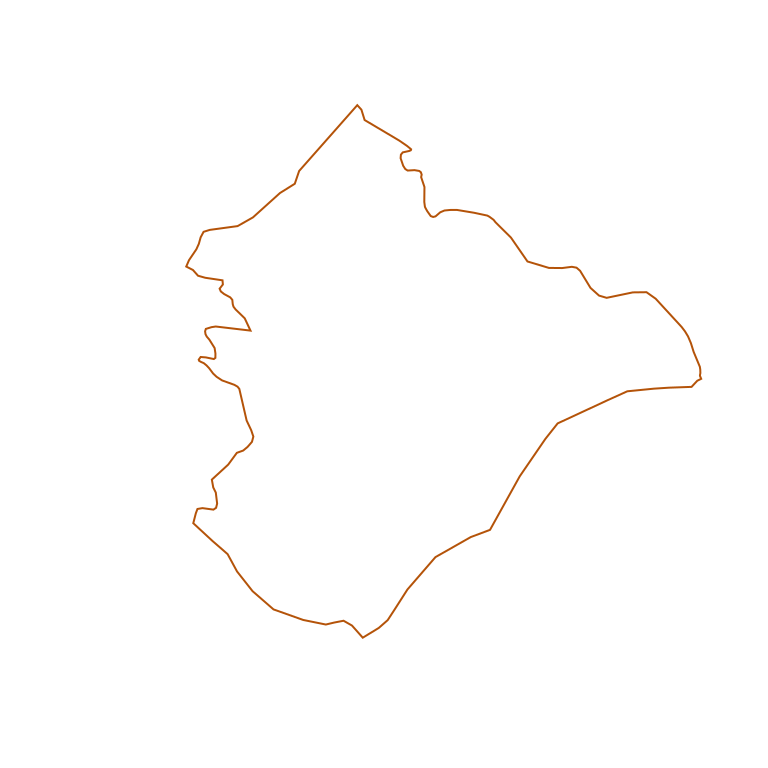 an SVG outline of Mayabeque, rotated 311°
{"feature_id": "CUB-5489", "entity_name": "Mayabeque", "entity_type": "Province", "adm_level": 1, "iso_a3": "CUB", "parent_name": "Cuba", "parent_adm1": "", "projection": "equal_earth", "projection_center": [-81.981, 22.888], "detail": "fine", "context": "isolated", "style": "outline", "palette": "amber", "viewbox_px": 768, "rotation_deg": 311, "n_neighbors": 0, "source": "natural_earth", "source_scale": "10m", "svg_char_len": 2086}
<svg xmlns="http://www.w3.org/2000/svg" viewBox="0 0 768 768"><g transform="rotate(311 384 384)"><path d="M342.9,157.7L349.5,155.6L362.6,154.0L368.3,152.3L374.4,149.4L380.5,148.0L386.0,151.4L407.1,169.9L423.8,175.8L459.9,180.2L476.6,185.3L489.1,180.2L576.9,180.9L576.2,187.0L570.5,196.2L577.7,235.7L578.8,245.3L578.9,250.5L578.0,250.9L576.5,250.2L571.1,246.2L568.2,246.3L565.3,248.4L561.3,255.3L560.2,259.0L560.6,261.8L565.4,266.7L567.9,270.8L568.0,272.9L566.7,275.1L564.5,276.3L559.2,285.3L547.8,295.0L544.7,298.5L544.4,299.0L543.8,300.5L542.8,303.3L541.4,309.1L542.3,311.5L544.3,312.9L550.5,313.8L554.6,315.8L558.7,319.7L563.2,324.8L572.3,339.6L578.9,351.5L579.4,353.9L579.8,359.0L579.2,362.1L577.8,383.7L570.6,411.9L579.8,432.3L588.4,442.4L595.7,448.9L598.1,453.0L598.1,457.7L592.0,476.8L591.8,488.3L595.1,495.5L616.4,511.7L625.5,521.9L626.6,533.1L622.3,571.3L621.2,576.6L619.4,582.2L616.2,588.8L611.4,596.6L604.2,611.1L602.3,613.3L599.8,615.6L597.9,616.7L597.4,617.2L596.8,618.4L596.0,620.0L592.0,618.3L583.6,618.0L568.2,601.5L557.6,590.8L538.1,572.4L518.3,563.3L468.2,540.9L448.5,541.8L403.4,547.0L343.5,559.7L325.4,549.9L287.1,536.4L244.3,536.5L220.5,540.0L208.2,541.7L196.5,540.1L178.6,534.4L180.7,518.3L178.8,508.8L171.4,503.0L164.3,497.9L152.9,477.8L141.4,448.5L141.4,420.8L146.1,396.1L153.0,377.6L153.0,357.6L153.8,331.4L163.0,326.8L167.3,325.2L171.2,328.4L177.3,337.7L180.4,338.5L184.3,336.5L191.7,328.3L193.9,323.0L198.9,316.8L221.0,319.3L235.5,318.1L241.4,321.4L247.0,322.3L253.7,322.3L258.6,319.9L262.0,314.1L266.3,304.3L285.4,278.0L285.9,275.2L285.2,271.6L280.5,259.5L279.6,252.9L279.8,248.1L281.2,241.7L281.6,237.9L281.5,234.3L280.6,231.4L280.2,229.3L280.8,228.2L284.1,227.9L287.2,232.1L291.2,239.2L293.1,239.6L296.4,236.8L300.0,232.6L302.9,223.1L303.5,219.1L304.5,216.6L306.4,214.4L308.7,213.4L313.7,216.5L317.0,219.3L336.7,248.2L342.2,235.8L342.9,223.1L343.6,219.7L345.0,217.5L348.0,214.3L348.5,211.1L347.0,204.3L346.8,200.1L348.1,197.4L353.4,197.1L356.3,194.1L346.9,179.4L343.7,172.6L344.7,165.0L342.9,157.7Z" fill="none" stroke="#b45309" stroke-width="2"/></g></svg>